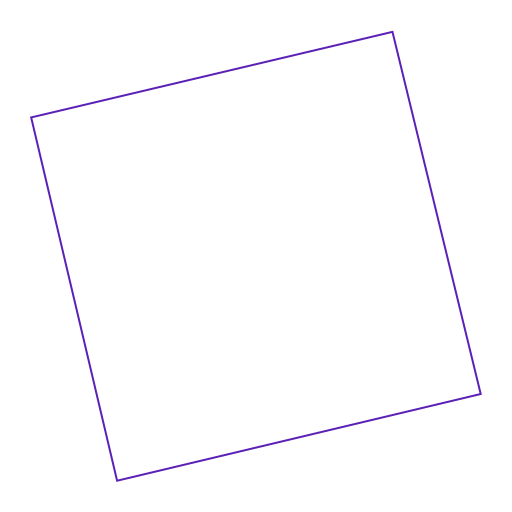 Crosby, Texas, United States of America, rotated 167°
{"feature_id": "52423323B48575431157789", "entity_name": "Crosby", "entity_type": "district", "adm_level": 2, "iso_a3": "USA", "parent_name": "United States of America", "parent_adm1": "Texas", "projection": "robinson", "projection_center": [-101.248, 33.614], "detail": "fine", "context": "isolated", "style": "outline", "palette": "violet", "viewbox_px": 512, "rotation_deg": 167, "n_neighbors": 0, "source": "geoboundaries", "source_scale": "gbopen_adm2", "svg_char_len": 221}
<svg xmlns="http://www.w3.org/2000/svg" viewBox="0 0 512 512"><g transform="rotate(167 256 256)"><path d="M441.9,68.3L68.1,71.0L72.6,443.7L443.9,441.6L441.9,68.3Z" fill="none" stroke="#5b21b6" stroke-width="2"/></g></svg>